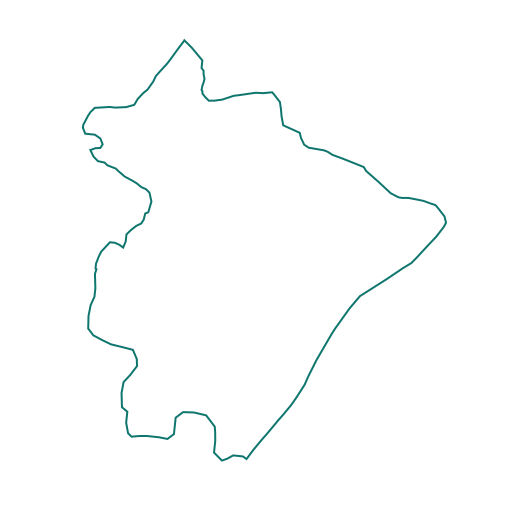 outline of Daquq, At-Ta'mim, Iraq, rotated 276°
{"feature_id": "34846034B46783343918511", "entity_name": "Daquq", "entity_type": "district", "adm_level": 2, "iso_a3": "IRQ", "parent_name": "Iraq", "parent_adm1": "At-Ta'mim", "projection": "natural_earth1", "projection_center": [44.248, 34.995], "detail": "fine", "context": "isolated", "style": "outline", "palette": "teal", "viewbox_px": 512, "rotation_deg": 276, "n_neighbors": 0, "source": "geoboundaries", "source_scale": "gbopen_adm2", "svg_char_len": 2187}
<svg xmlns="http://www.w3.org/2000/svg" viewBox="0 0 512 512"><g transform="rotate(276 256 256)"><path d="M325.4,429.2L326.5,423.9L328.3,416.9L329.0,409.9L329.7,401.5L329.0,395.3L329.3,391.4L332.5,383.4L341.8,371.1L345.0,366.6L352.1,356.6L355.7,353.9L357.1,349.1L361.8,332.4L364.6,321.4L367.1,316.5L368.2,312.6L369.2,297.2L371.7,292.3L378.1,288.4L383.1,286.6L388.8,269.4L397.7,266.8L404.5,265.5L411.6,263.7L419.4,256.2L420.5,254.9L418.7,246.1L418.3,238.6L414.1,221.9L413.0,217.1L408.0,206.1L406.2,198.6L405.5,192.9L408.7,188.9L411.9,185.8L414.4,185.4L415.4,184.5L419.7,184.9L423.3,185.8L426.8,186.3L431.1,184.9L434.7,184.5L437.3,182.2L439.5,182.2L444.9,182.2L456.3,170.5L463.0,162.2L462.1,161.8L454.2,157.0L442.4,150.2L437.7,147.3L429.8,141.4L424.3,137.5L418.8,135.6L410.1,130.7L406.2,126.8L399.9,122.0L393.6,119.1L390.5,111.3L388.9,100.6L388.9,94.8L386.5,80.2L381.8,76.3L377.9,74.3L368.4,70.5L365.3,70.5L359.8,73.4L359.8,83.1L356.6,88.9L351.1,91.8L347.2,89.9L346.4,85.0L344.1,80.2L337.8,84.1L333.8,88.9L333.1,95.7L330.7,98.6L328.3,107.4L326.0,110.3L321.3,117.1L318.1,124.9L315.8,129.8L312.6,134.6L311.0,139.5L307.9,143.4L299.2,146.3L288.2,144.3L286.7,141.4L280.4,140.5L276.4,138.5L273.3,133.6L268.6,128.8L263.9,124.9L256.8,124.9L250.5,123.0L252.8,119.1L254.4,114.2L254.4,109.3L250.5,106.4L244.2,101.6L238.7,99.6L231.6,97.7L226.8,97.7L226.2,98.7L221.4,97.7L207.2,99.6L198.6,99.6L189.9,96.7L178.9,95.7L166.3,96.7L160.1,102.5L156.1,112.3L153.0,121.0L151.4,132.7L149.8,143.4L141.1,148.2L134.1,149.2L124.6,143.4L116.8,137.5L105.8,136.6L91.6,138.5L87.7,144.3L76.6,144.3L66.4,147.3L63.3,151.1L64.8,158.9L65.6,166.7L65.6,178.4L64.8,187.1L70.3,193.0L78.2,193.0L86.8,193.0L93.1,199.8L93.9,210.5L92.3,223.1L82.0,232.8L76.5,233.8L67.9,234.8L56.1,234.8L49.0,243.5L51.3,248.4L55.3,254.2L55.3,263.9L53.1,267.8L63.2,273.8L73.8,280.9L80.6,285.7L94.5,295.0L101.3,299.8L111.2,306.4L119.1,310.8L133.3,317.9L141.5,320.5L159.0,327.1L186.4,339.4L192.5,342.5L212.4,353.8L213.5,354.4L227.0,363.6L233.5,371.8L246.6,388.3L259.1,403.2L259.8,404.1L265.2,411.2L271.2,416.0L283.0,424.8L294.0,433.2L304.7,439.8L309.0,441.5L315.1,439.3L323.3,431.4L325.4,429.2Z" fill="none" stroke="#0f766e" stroke-width="2"/></g></svg>